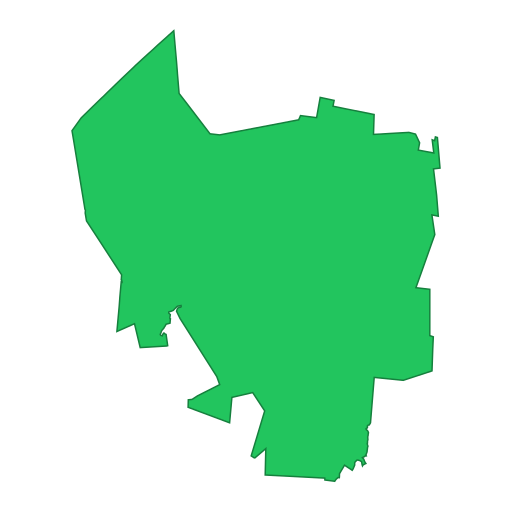 Catorce, San Luis Potosí, Mexico
{"feature_id": "50627088B45897682266875", "entity_name": "Catorce", "entity_type": "district", "adm_level": 2, "iso_a3": "MEX", "parent_name": "Mexico", "parent_adm1": "San Luis Potosí", "projection": "natural_earth1", "projection_center": [-101.035, 23.645], "detail": "fine", "context": "isolated", "style": "filled", "palette": "green", "viewbox_px": 512, "rotation_deg": 0, "n_neighbors": 0, "source": "geoboundaries", "source_scale": "gbopen_adm2", "svg_char_len": 3872}
<svg xmlns="http://www.w3.org/2000/svg" viewBox="0 0 512 512"><path d="M436.6,195.1L434.3,175.5L433.5,168.9L440.0,168.1L437.4,137.5L435.4,136.9L434.6,140.7L432.2,139.8L433.8,153.0L418.3,150.1L419.6,142.8L415.5,134.1L408.9,132.4L389.5,133.5L380.0,134.1L373.5,134.4L373.7,127.8L374.1,114.5L346.5,109.0L333.0,106.2L334.1,100.4L320.2,97.4L316.6,117.6L316.3,117.6L300.5,115.6L299.8,117.3L299.5,118.0L299.0,119.0L298.7,119.8L219.7,134.9L210.0,133.8L186.4,102.9L179.1,93.5L177.4,73.2L177.4,72.8L176.5,61.6L175.0,44.7L173.8,30.7L173.3,31.1L172.7,31.7L171.0,33.2L170.2,33.9L170.0,34.1L169.9,34.3L169.4,34.6L168.8,35.1L168.3,35.6L167.0,36.8L165.9,37.8L164.1,39.4L162.3,41.0L160.5,42.6L159.6,43.4L157.9,44.9L154.9,47.7L153.0,49.5L150.1,52.1L148.5,53.5L142.8,58.7L140.0,61.3L135.5,65.4L135.1,65.8L133.6,67.3L129.8,70.9L125.6,74.9L121.9,78.4L116.2,83.9L109.9,90.0L107.4,92.4L103.4,96.4L102.6,97.1L101.3,98.3L91.1,108.2L81.2,117.9L72.0,130.7L73.6,140.2L84.4,205.9L84.9,209.2L85.4,209.9L85.3,211.7L85.2,213.1L86.5,220.9L99.4,240.6L121.6,274.8L121.3,279.3L121.2,279.8L121.3,279.9L121.7,280.1L121.7,280.6L121.7,280.9L122.1,282.0L122.0,282.4L121.2,282.0L119.9,296.7L119.2,306.2L116.9,331.5L134.5,323.7L140.2,347.6L166.7,346.0L167.7,345.7L166.1,334.5L165.8,334.5L165.5,334.3L164.0,333.0L163.8,333.0L163.4,333.4L162.6,334.7L162.3,335.8L160.8,335.4L160.4,334.9L160.2,334.4L160.5,333.7L160.8,333.1L161.7,330.6L163.9,328.1L164.0,327.7L165.5,325.4L166.0,324.3L166.5,324.1L170.0,323.2L170.4,318.8L169.9,318.7L169.8,318.1L170.3,314.6L168.7,313.1L168.8,311.9L169.8,311.6L171.0,311.3L172.8,310.6L173.3,310.3L175.7,307.8L177.3,306.3L179.1,305.8L181.1,305.5L181.2,306.7L180.5,307.3L179.2,307.4L177.9,308.1L177.3,309.0L176.5,311.2L180.1,318.6L187.2,329.8L203.7,355.9L216.8,376.6L219.7,384.6L197.6,395.8L192.1,399.4L188.3,399.8L188.1,407.3L200.4,411.9L229.6,422.8L231.9,397.4L251.7,392.8L252.7,392.6L264.7,410.9L251.2,455.9L252.0,456.4L254.1,457.8L254.3,457.8L254.9,457.9L265.8,448.6L265.2,475.0L286.8,476.1L324.8,478.1L324.9,480.0L333.5,481.1L334.7,481.3L336.0,479.4L337.9,477.6L339.3,477.7L339.4,476.9L339.5,473.7L341.0,471.1L342.3,468.9L344.4,465.4L344.5,465.2L346.2,466.3L348.0,467.5L349.7,468.6L350.8,469.3L352.2,470.3L353.1,468.9L354.1,466.5L354.7,465.1L354.7,463.4L354.7,462.8L355.1,462.0L356.1,461.0L356.6,460.3L357.2,460.1L358.0,460.1L358.4,460.2L360.0,460.7L361.1,461.4L361.6,461.8L362.1,464.7L362.5,465.9L363.1,464.9L363.7,464.6L364.3,464.3L364.4,464.2L365.6,463.6L365.9,463.5L365.8,463.3L365.4,463.0L365.1,462.3L364.8,461.9L364.6,461.4L364.3,460.7L364.1,460.2L364.0,459.7L363.8,459.3L363.5,458.9L363.4,458.8L363.2,458.6L363.1,458.4L362.9,458.2L362.7,458.1L362.4,457.8L362.3,457.6L362.5,457.5L362.7,457.4L362.9,457.4L363.6,457.0L364.0,456.8L364.4,456.7L365.3,455.8L366.0,456.0L366.3,455.9L366.2,455.7L365.7,455.2L365.9,454.9L366.1,454.5L366.4,453.7L366.7,452.8L367.0,452.0L367.1,451.4L367.1,450.6L367.3,449.9L367.3,449.3L367.4,448.7L367.5,447.8L367.6,447.2L367.9,446.5L367.8,445.7L367.7,445.3L367.4,444.7L367.4,444.4L367.3,443.8L367.2,443.4L367.5,443.1L367.5,442.6L367.5,441.4L367.6,440.8L367.7,440.4L367.8,440.1L367.9,439.6L367.8,438.6L367.8,438.3L367.8,437.6L367.7,437.2L367.8,436.5L367.9,436.1L368.0,435.7L368.1,435.4L368.1,435.2L368.1,434.8L368.2,434.3L368.2,433.8L368.3,433.4L368.5,432.9L368.4,432.5L368.2,431.9L368.0,431.5L367.8,431.1L367.5,430.6L367.3,430.3L366.9,430.2L366.5,429.9L366.4,429.7L366.2,429.4L366.1,429.2L366.0,428.9L366.0,428.7L366.4,428.4L366.5,428.5L366.6,428.4L366.8,428.3L366.8,428.1L367.1,427.9L367.4,427.6L367.5,427.0L367.4,426.8L367.3,426.0L367.8,425.6L368.1,425.1L368.9,425.0L369.3,424.9L370.5,422.8L374.2,377.4L394.2,379.4L403.3,380.3L432.0,370.9L432.7,350.5L432.7,350.1L433.3,336.8L429.8,335.6L429.8,298.1L429.8,289.3L415.9,287.7L421.3,272.6L432.5,241.0L434.8,234.6L431.9,214.9L438.3,216.2L436.6,195.1Z" fill="#22c55e" stroke="#15803d" stroke-width="1.5"/></svg>